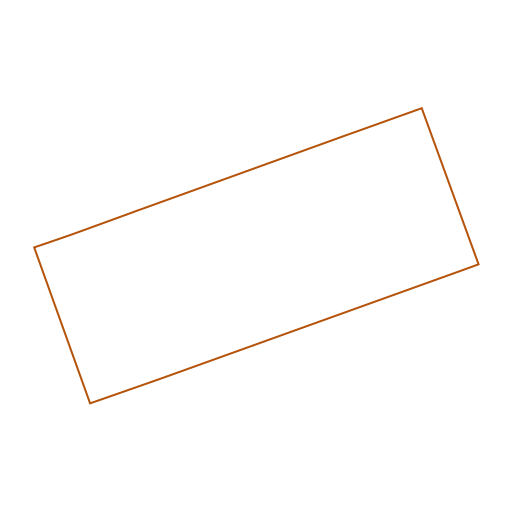 the district of Douglas, Missouri, United States of America, rotated 339°
{"feature_id": "52423323B63572960553065", "entity_name": "Douglas", "entity_type": "district", "adm_level": 2, "iso_a3": "USA", "parent_name": "United States of America", "parent_adm1": "Missouri", "projection": "albers", "projection_center": [-92.554, 36.932], "detail": "fine", "context": "isolated", "style": "outline", "palette": "amber", "viewbox_px": 512, "rotation_deg": 339, "n_neighbors": 0, "source": "geoboundaries", "source_scale": "gbopen_adm2", "svg_char_len": 282}
<svg xmlns="http://www.w3.org/2000/svg" viewBox="0 0 512 512"><g transform="rotate(339 256 256)"><path d="M52.0,168.5L48.3,334.1L121.5,336.3L452.5,343.4L460.8,343.5L463.7,177.4L381.5,175.5L161.8,171.1L91.7,169.9L52.0,168.5Z" fill="none" stroke="#b45309" stroke-width="2"/></g></svg>